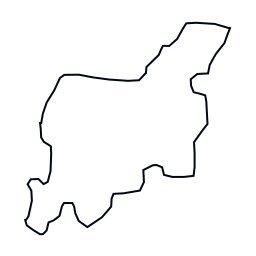 map outline of Želino (Natural Earth projection), rotated 267°
{"feature_id": "MKD-2918", "entity_name": "Želino", "entity_type": "Statistical Region", "adm_level": 1, "iso_a3": "MKD", "parent_name": "North Macedonia", "parent_adm1": "", "projection": "natural_earth1", "projection_center": [21.115, 41.912], "detail": "fine", "context": "isolated", "style": "outline", "palette": "ink", "viewbox_px": 256, "rotation_deg": 267, "n_neighbors": 0, "source": "natural_earth", "source_scale": "10m", "svg_char_len": 1192}
<svg xmlns="http://www.w3.org/2000/svg" viewBox="0 0 256 256"><g transform="rotate(267 128 128)"><path d="M73.2,141.1L64.9,136.6L63.0,120.0L63.0,110.1L58.2,107.9L50.4,107.1L40.2,97.3L34.3,87.5L31.3,82.4L31.2,82.2L37.8,73.9L45.7,70.9L52.3,70.1L55.9,68.6L56.5,60.3L53.5,58.0L43.8,55.0L39.7,49.0L37.8,43.7L30.0,41.4L26.5,37.6L26.5,34.6L31.2,27.8L36.1,21.8L41.5,20.5L41.7,21.5L45.1,24.0L60.4,28.2L70.5,28.2L77.1,24.8L81.8,28.2L81.8,35.8L76.4,40.8L78.4,45.0L89.1,48.4L107.1,50.0L113.8,50.0L118.5,43.3L123.1,40.8L131.9,40.8L137.5,40.4L137.4,41.6L146.7,43.7L157.7,48.1L169.3,56.2L181.5,62.7L184.4,67.1L183.8,81.7L180.4,95.6L177.4,111.6L175.1,130.6L175.1,141.5L182.1,148.8L187.9,149.6L199.5,162.7L204.2,164.9L208.2,167.1L207.8,173.5L214.3,181.7L224.5,188.1L229.5,191.7L229.5,201.7L227.4,220.0L222.3,234.6L223.2,235.5L216.7,232.5L207.7,228.7L197.5,219.7L186.7,212.9L178.3,210.8L178.3,200.0L173.4,193.2L166.9,193.2L160.3,195.5L158.5,201.5L156.6,206.8L150.1,207.6L138.1,207.6L127.9,207.6L121.8,202.3L110.4,193.2L99.7,193.2L85.8,192.5L76.8,191.0L76.2,181.1L76.8,169.8L79.3,161.5L87.0,160.0L89.5,154.7L89.5,150.9L85.2,141.1L79.8,141.1L73.2,141.1Z" fill="none" stroke="#020617" stroke-width="2"/></g></svg>